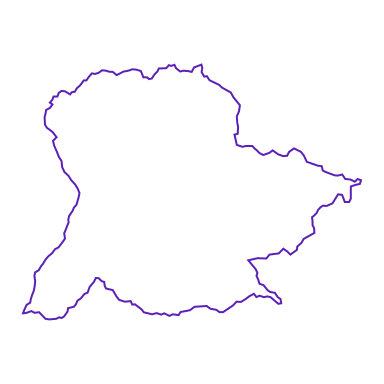 the district of Dilermando de Aguiar, Rio Grande do Sul, Brazil
{"feature_id": "56859067B57866316427698", "entity_name": "Dilermando de Aguiar", "entity_type": "district", "adm_level": 2, "iso_a3": "BRA", "parent_name": "Brazil", "parent_adm1": "Rio Grande do Sul", "projection": "mercator", "projection_center": [-54.164, -29.81], "detail": "fine", "context": "isolated", "style": "outline", "palette": "violet", "viewbox_px": 384, "rotation_deg": 0, "n_neighbors": 0, "source": "geoboundaries", "source_scale": "gbopen_adm2", "svg_char_len": 3058}
<svg xmlns="http://www.w3.org/2000/svg" viewBox="0 0 384 384"><path d="M23.0,313.3L26.0,313.0L31.4,311.1L34.5,312.8L39.1,312.2L42.1,315.3L45.5,318.8L49.3,319.4L56.2,318.8L59.2,317.3L61.7,318.0L64.1,316.4L67.6,311.5L68.0,308.2L74.0,306.7L75.9,304.3L77.5,300.6L80.7,298.5L84.6,293.8L87.6,292.7L89.6,287.0L93.9,281.9L95.8,278.0L98.7,278.2L101.7,281.2L104.2,281.9L104.7,285.8L106.0,288.5L112.8,290.1L116.6,296.7L119.2,299.9L124.9,301.7L130.6,301.1L132.3,304.6L134.9,304.3L141.6,309.4L143.8,312.3L152.1,314.3L156.6,313.1L161.3,314.6L164.2,313.3L169.4,315.9L172.7,314.3L178.5,315.1L180.6,312.0L190.0,310.2L194.5,306.8L206.7,306.0L210.3,308.7L216.3,309.8L219.5,312.1L223.1,312.1L233.2,305.3L236.5,301.7L241.0,301.9L245.4,299.2L249.4,296.2L253.9,293.8L256.4,297.1L259.5,295.7L264.0,297.2L267.3,296.4L270.6,297.2L278.3,303.8L281.2,303.3L280.5,299.0L277.8,297.2L274.8,292.8L270.2,292.0L267.7,290.3L263.5,285.1L259.5,283.8L258.2,279.6L256.5,275.8L257.4,272.8L255.7,269.2L248.3,260.3L257.5,258.2L266.3,258.5L269.5,254.6L278.8,253.4L283.3,248.7L287.5,251.7L290.4,254.6L296.9,249.9L297.3,246.5L301.4,242.9L303.7,238.9L314.4,232.9L314.1,228.1L312.6,225.3L312.5,220.7L312.0,217.3L314.3,215.4L316.6,213.1L318.1,209.9L320.7,207.1L323.1,205.6L326.5,206.0L332.5,203.3L338.1,194.3L342.1,194.9L344.8,202.0L349.1,202.0L350.8,198.7L350.8,189.6L350.9,186.4L355.8,184.8L359.9,183.9L361.0,180.2L357.6,179.0L354.8,181.7L350.4,179.5L345.3,179.0L342.2,174.5L337.7,175.6L334.6,175.3L325.9,172.1L322.8,170.6L321.7,166.2L317.5,165.6L306.8,161.8L303.9,155.6L300.9,151.8L294.0,148.4L289.1,151.9L287.1,155.8L283.2,156.1L278.3,154.4L272.6,150.4L269.5,152.8L263.3,155.0L259.5,153.1L257.0,150.5L254.4,148.3L252.3,146.0L245.9,146.0L242.4,146.8L236.8,144.9L234.5,134.6L237.7,133.8L238.1,126.7L237.3,123.1L236.8,116.4L239.0,111.3L239.9,105.2L233.5,97.4L230.8,92.5L222.0,87.6L219.2,84.9L209.5,80.2L206.9,76.2L204.3,76.6L201.6,72.1L202.3,68.0L201.4,64.6L197.4,66.2L194.1,67.4L191.7,71.9L188.1,71.1L183.5,70.7L180.2,71.5L176.2,68.4L174.4,64.8L171.3,65.9L168.8,65.2L166.3,68.2L158.8,68.5L157.5,71.4L154.5,74.4L151.8,78.5L149.0,79.1L146.9,77.3L143.4,77.3L140.8,71.0L136.1,69.6L132.1,69.3L129.6,70.3L126.6,71.1L123.7,71.5L116.7,75.1L112.8,71.9L109.1,71.7L106.1,70.7L102.1,70.3L98.6,72.8L95.2,73.9L91.9,73.4L88.8,76.9L86.4,80.4L83.8,80.4L82.1,82.8L79.9,85.6L76.9,88.2L74.7,91.8L71.8,92.2L70.1,94.4L64.8,91.2L61.3,91.0L58.7,93.0L57.4,96.5L53.5,96.5L52.5,99.6L49.9,102.6L52.5,104.4L49.9,107.9L46.1,110.0L45.5,113.8L44.6,117.2L45.0,124.6L46.9,127.8L50.2,130.1L52.8,132.3L56.6,137.2L53.0,140.9L54.3,145.9L57.2,152.5L58.9,157.0L61.5,160.9L62.2,167.2L64.5,172.1L68.5,175.8L71.3,180.3L75.1,184.4L77.5,188.2L79.5,193.1L78.5,197.8L76.4,204.9L74.0,207.5L72.5,211.0L69.1,216.0L68.3,219.6L68.6,222.5L67.2,225.8L65.6,230.0L64.2,233.2L65.0,238.6L62.7,241.9L58.5,247.4L55.0,249.2L52.1,253.2L48.2,256.4L45.4,259.8L43.1,263.7L40.9,266.4L38.7,270.3L35.1,272.4L34.4,276.1L35.2,281.1L34.7,286.1L33.8,290.8L32.2,294.8L30.8,299.2L30.2,302.7L26.6,304.8L24.1,310.4L23.0,313.3Z" fill="none" stroke="#5b21b6" stroke-width="2"/></svg>